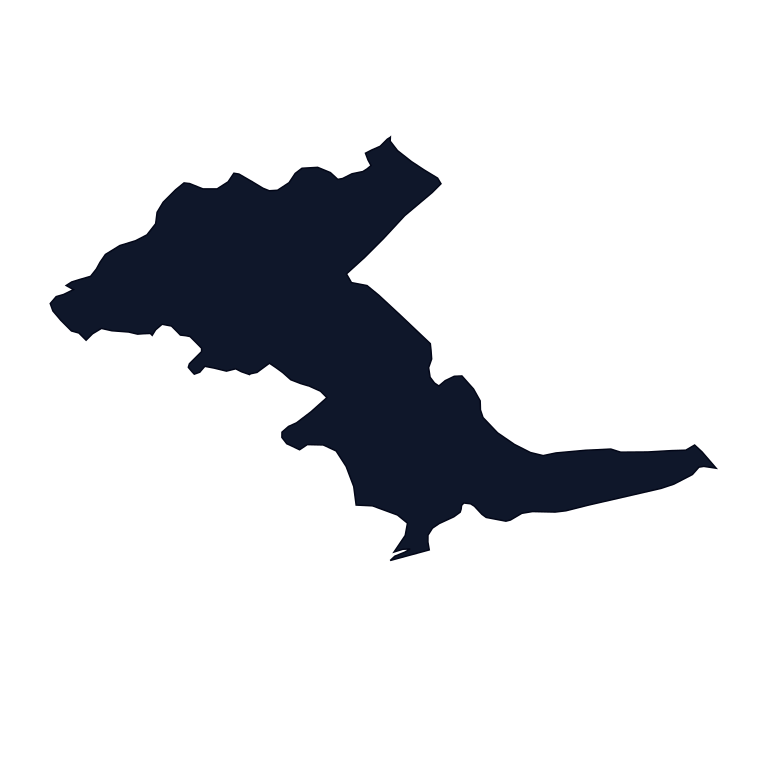 the Canton of Herzegovina-Neretva, rotated 315°
{"feature_id": "BIH-2228", "entity_name": "Herzegovina-Neretva", "entity_type": "Canton", "adm_level": 1, "iso_a3": "BIH", "parent_name": "Bosnia and Herzegovina", "parent_adm1": "", "projection": "natural_earth1", "projection_center": [17.847, 43.217], "detail": "fine", "context": "isolated", "style": "filled", "palette": "ink", "viewbox_px": 768, "rotation_deg": 315, "n_neighbors": 0, "source": "natural_earth", "source_scale": "10m", "svg_char_len": 2987}
<svg xmlns="http://www.w3.org/2000/svg" viewBox="0 0 768 768"><g transform="rotate(315 384 384)"><path d="M347.2,528.5L339.5,527.3L324.3,521.7L316.3,520.2L308.2,522.0L303.3,526.8L298.7,533.3L298.5,533.2L263.6,513.2L269.9,513.4L279.8,517.6L285.9,519.2L280.5,514.2L272.3,509.9L291.9,506.1L302.2,499.0L300.9,486.4L300.9,486.2L289.7,462.0L278.7,449.9L290.1,435.1L298.9,415.6L302.8,397.5L298.6,385.9L297.9,384.1L286.9,372.6L278.7,371.0L277.8,370.8L274.1,360.3L273.0,357.5L274.0,349.6L277.8,345.9L286.5,346.5L294.7,349.6L302.2,350.6L312.4,352.0L332.9,353.2L334.0,353.2L334.0,344.1L330.2,334.1L329.7,332.6L328.8,331.1L325.4,324.8L321.1,315.1L321.0,313.6L320.5,304.7L320.2,302.5L319.2,296.2L317.7,288.3L302.4,286.0L296.7,282.3L295.6,282.3L291.8,274.4L289.9,268.4L281.7,263.5L275.1,252.6L269.8,244.8L264.2,245.2L262.1,245.4L261.9,245.3L256.8,242.9L256.9,239.9L257.4,233.9L258.0,233.5L260.7,232.1L265.0,232.1L272.7,232.1L277.9,232.1L279.4,230.6L280.3,229.7L280.4,222.3L280.4,213.3L278.0,209.7L274.6,205.4L274.7,201.1L274.7,192.7L271.8,188.5L269.4,184.9L268.8,184.8L260.8,184.2L256.5,185.2L254.5,185.7L254.5,183.0L249.3,178.2L245.0,174.5L240.2,166.7L229.2,153.9L223.5,144.9L213.4,142.4L208.1,142.4L204.3,142.4L204.3,137.6L204.3,132.2L200.5,125.5L200.5,119.5L200.5,110.4L200.8,107.2L201.5,98.3L203.8,93.4L204.9,91.1L214.0,90.4L220.7,94.1L231.2,97.7L229.3,91.1L228.9,89.6L235.3,91.0L242.7,94.9L252.7,100.4L261.9,99.3L269.4,97.1L278.6,95.4L295.1,99.3L309.6,107.0L321.8,110.9L335.8,109.2L338.6,107.1L345.0,102.1L356.4,99.3L373.9,99.3L384.8,100.4L387.0,103.2L388.3,104.8L392.2,114.0L394.0,118.1L404.0,128.1L405.3,128.3L416.7,130.8L426.9,128.8L429.9,133.0L433.4,146.1L433.8,147.4L434.0,148.4L436.9,160.1L439.5,166.2L445.7,171.7L457.3,174.1L459.2,174.5L461.7,174.0L470.1,172.3L477.7,173.3L478.5,173.4L481.1,175.7L490.3,183.9L495.6,196.6L495.9,203.5L496.0,206.6L500.0,209.4L510.0,212.7L517.9,217.9L519.2,218.8L520.5,219.1L524.1,219.9L528.3,220.3L529.3,220.4L531.1,214.3L534.1,207.7L541.0,209.9L549.4,213.2L559.5,213.2L562.9,214.0L563.0,214.0L560.5,216.3L560.1,216.7L558.6,228.5L560.7,246.1L563.8,261.2L567.5,276.3L565.9,282.7L553.5,282.7L517.7,279.6L486.1,280.8L460.2,280.8L435.3,279.6L433.6,286.0L432.7,289.3L441.6,302.4L443.1,317.5L444.2,346.9L445.3,388.2L441.1,393.4L435.4,400.0L427.1,404.0L421.4,411.8L420.4,419.0L421.4,424.2L428.4,424.8L429.7,424.9L431.6,425.6L439.1,428.2L444.8,433.4L444.2,443.3L443.8,450.8L440.1,463.9L437.6,466.6L433.9,470.5L430.3,477.7L429.9,494.3L429.8,498.6L429.9,499.5L433.5,518.9L439.1,536.0L445.5,546.5L445.9,547.2L446.1,547.3L456.8,554.3L479.7,573.4L488.0,581.0L498.4,590.4L501.6,596.6L503.2,599.6L522.5,618.6L540.2,634.4L550.6,644.2L560.5,646.8L560.9,656.9L559.3,678.4L551.9,668.4L547.9,665.5L538.1,666.1L518.2,659.8L506.2,653.8L442.6,614.0L423.0,602.3L414.5,595.6L398.8,579.2L390.0,572.9L377.2,569.6L373.2,567.2L361.9,550.6L361.1,545.4L361.5,534.3L360.5,529.9L356.3,524.6L353.0,524.7L350.1,527.0L347.2,528.5Z" fill="#0f172a" stroke="#020617" stroke-width="1.5"/></g></svg>